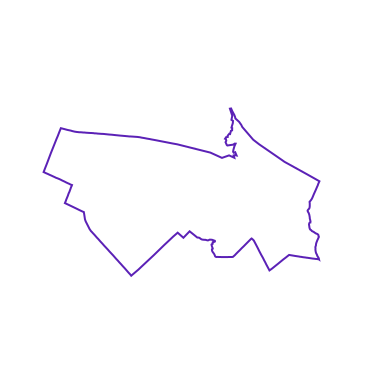 the district of Beuca, Teleorman, Romania, rotated 229°
{"feature_id": "2599482B48947816929504", "entity_name": "Beuca", "entity_type": "district", "adm_level": 2, "iso_a3": "ROU", "parent_name": "Romania", "parent_adm1": "Teleorman", "projection": "robinson", "projection_center": [24.967, 44.261], "detail": "fine", "context": "isolated", "style": "outline", "palette": "violet", "viewbox_px": 384, "rotation_deg": 229, "n_neighbors": 0, "source": "geoboundaries", "source_scale": "gbopen_adm2", "svg_char_len": 5889}
<svg xmlns="http://www.w3.org/2000/svg" viewBox="0 0 384 384"><g transform="rotate(229 192 192)"><path d="M116.5,295.2L123.3,292.8L130.0,290.4L154.1,281.6L157.4,280.8L165.2,278.8L183.8,274.0L191.3,272.5L208.1,272.6L210.7,273.3L211.4,273.3L214.0,273.6L219.0,273.0L220.3,273.7L222.5,274.5L226.5,275.4L229.4,276.3L230.0,275.3L223.1,272.4L220.6,269.1L218.8,269.6L217.2,268.0L214.7,264.0L213.9,264.3L212.2,262.7L212.6,261.5L210.8,258.8L211.5,258.4L211.1,255.9L210.1,255.1L211.0,253.7L210.5,251.9L209.7,252.3L208.2,251.5L207.6,250.0L204.7,249.1L203.9,249.2L200.7,254.2L200.5,256.0L199.9,256.6L198.8,254.2L196.8,251.1L195.4,249.4L194.2,249.3L193.7,250.7L190.3,249.6L191.8,248.4L192.3,247.4L190.1,246.4L195.3,244.0L198.1,237.0L209.7,231.7L219.7,224.7L237.6,212.2L241.2,209.3L255.4,198.2L258.4,195.8L259.6,194.9L261.9,193.0L263.2,192.0L264.7,190.8L266.0,189.7L267.5,188.6L268.6,187.6L269.2,187.1L270.9,185.4L272.5,183.8L273.6,182.7L275.1,181.1L276.7,179.6L278.7,177.7L281.9,174.6L283.5,173.1L285.3,171.4L286.6,170.2L287.8,169.1L289.8,167.1L292.8,164.3L293.9,163.3L295.2,161.9L298.0,159.1L298.2,158.9L298.5,158.7L299.6,157.6L300.2,156.9L301.0,156.3L301.9,155.4L302.8,154.5L303.7,153.5L304.2,153.0L305.2,152.0L305.7,151.5L306.5,150.7L307.7,149.6L308.2,149.0L308.5,148.7L309.3,148.0L309.6,147.7L310.8,146.4L311.4,145.8L312.2,145.1L312.8,144.5L313.3,144.1L314.1,143.4L314.6,143.0L315.3,142.5L316.7,141.5L317.7,140.9L318.5,140.3L319.3,139.7L319.8,139.3L320.9,138.5L321.8,137.9L323.3,136.9L324.3,136.2L325.5,135.4L326.2,134.9L324.1,130.8L322.3,127.4L321.0,124.7L319.5,121.8L318.1,119.1L316.2,115.4L314.0,111.1L310.0,103.7L308.6,101.1L306.1,96.3L304.4,93.1L302.6,93.9L301.6,94.3L300.9,94.7L299.8,95.2L299.1,95.5L298.0,96.0L296.3,96.8L294.9,97.4L293.4,98.1L291.9,98.7L290.7,99.4L289.3,100.1L288.7,100.4L287.1,101.1L286.0,101.5L284.9,102.0L283.8,102.5L282.6,103.0L282.0,103.2L280.0,104.1L279.5,104.3L279.0,104.6L277.9,105.0L277.0,105.4L276.0,106.0L275.5,105.1L275.1,104.2L274.6,103.2L274.1,102.4L273.3,100.9L272.6,99.7L272.1,98.5L271.6,97.5L270.6,95.8L270.2,95.0L269.5,93.6L268.6,91.8L268.3,91.4L267.0,88.8L262.7,90.7L258.3,92.6L254.1,94.4L252.4,95.1L249.2,96.5L248.6,96.8L248.2,97.0L247.9,97.2L246.5,96.4L241.6,93.3L239.6,92.5L232.8,90.8L231.3,90.4L228.6,90.1L227.7,90.2L226.4,90.2L223.6,90.3L223.0,90.3L222.4,90.3L221.6,90.3L219.8,90.3L218.3,90.4L216.3,90.4L214.5,90.4L211.8,90.5L209.1,90.5L206.7,90.6L203.8,90.7L201.3,90.7L198.4,90.8L195.9,90.9L194.1,90.9L191.3,90.9L188.9,91.0L186.6,91.0L183.8,91.1L181.8,91.1L178.8,91.2L176.2,91.2L174.6,91.2L172.6,91.2L170.5,91.3L168.7,91.2L168.6,100.7L168.8,105.2L169.4,121.8L170.2,136.1L170.5,144.0L170.7,148.5L170.7,154.5L163.1,155.5L163.5,159.9L163.7,162.2L163.9,164.4L157.8,165.5L154.2,166.1L153.5,166.8L153.1,167.2L152.9,167.3L152.3,167.6L151.6,167.7L150.7,167.9L149.9,168.2L149.4,168.5L148.7,169.1L147.7,170.1L147.2,170.7L146.6,171.1L146.0,171.5L145.3,172.0L145.0,172.3L144.8,172.8L144.7,173.1L144.6,173.7L144.5,174.0L144.1,174.4L143.6,175.0L143.1,175.5L142.6,175.9L141.9,176.3L141.1,176.7L140.3,177.2L140.0,177.2L139.8,177.1L139.7,176.9L139.6,176.7L139.7,176.4L139.8,176.1L140.0,175.8L140.0,175.4L140.0,175.2L140.5,174.8L140.5,174.6L139.9,174.0L139.3,173.4L139.5,173.0L139.6,172.7L139.6,172.4L139.5,172.2L139.4,172.1L138.9,171.9L137.7,171.3L136.3,170.8L135.7,170.5L135.8,170.3L135.8,169.9L135.7,169.6L135.6,169.4L135.3,169.1L134.8,168.8L134.4,168.6L133.9,168.4L133.2,168.3L132.7,168.2L132.0,168.2L131.0,168.1L130.4,168.0L129.7,167.8L128.7,167.4L128.2,167.3L127.8,167.3L127.6,167.4L127.2,167.6L126.8,167.9L126.7,168.1L126.4,168.5L124.9,170.1L122.2,173.1L121.2,174.3L119.3,176.5L117.9,178.2L116.8,179.4L116.6,179.7L116.2,180.3L116.2,181.6L116.2,182.9L116.4,184.7L116.6,187.3L116.7,189.4L117.0,192.9L117.1,195.2L117.5,200.4L117.9,205.9L117.8,206.5L116.5,206.7L115.4,206.8L114.8,206.8L112.6,206.3L110.9,205.9L106.3,204.8L103.7,204.1L99.1,203.0L97.1,202.6L95.2,202.2L93.4,201.7L90.7,201.1L88.9,200.6L85.4,199.8L83.6,199.4L82.0,199.0L81.9,199.9L81.7,202.0L81.5,207.4L81.4,209.5L81.3,213.5L81.2,216.8L81.0,219.7L80.9,222.3L80.8,224.0L79.2,225.3L78.0,226.3L75.8,228.1L73.0,230.5L72.3,231.0L71.5,231.8L70.7,232.4L69.3,233.6L68.1,234.7L67.6,235.1L67.1,235.5L66.6,236.0L66.0,236.5L64.5,237.8L64.0,238.2L63.2,238.9L62.7,239.3L62.3,239.7L61.3,240.6L61.1,240.8L60.5,241.3L59.8,242.0L59.4,242.4L58.9,242.8L58.3,243.3L58.2,243.5L57.8,243.6L58.0,243.7L58.3,243.9L58.6,244.1L58.9,244.2L59.3,244.3L59.7,244.4L60.0,244.4L60.5,244.5L61.2,244.6L61.6,244.7L61.8,244.7L62.0,244.9L62.2,245.0L62.6,245.1L63.4,245.3L64.1,245.5L64.6,245.6L65.2,245.9L65.8,246.2L66.4,246.6L66.9,246.9L67.5,247.3L68.0,247.8L68.8,248.5L69.0,248.6L69.3,248.8L69.5,249.0L69.7,249.3L70.1,250.0L70.4,250.5L70.8,250.9L71.1,251.2L71.4,251.5L71.7,252.0L72.2,252.7L72.8,253.9L73.4,255.0L73.7,255.8L74.2,256.8L74.6,257.7L74.7,258.0L74.9,258.2L75.1,258.4L75.2,258.5L75.6,258.6L75.9,258.6L76.0,258.7L76.5,259.1L77.0,259.2L77.4,259.2L78.1,259.0L78.4,258.9L78.9,258.6L79.2,258.4L79.7,258.3L80.5,258.0L81.7,257.7L82.0,257.7L82.6,257.4L82.9,257.3L83.8,256.9L84.1,256.9L84.5,256.9L85.0,256.9L85.7,256.7L86.1,256.6L86.4,256.7L86.8,256.7L87.4,257.0L88.0,257.2L88.5,257.6L89.0,257.9L89.6,258.3L90.1,258.6L90.6,258.9L91.0,259.3L91.2,259.6L91.5,260.1L91.7,260.6L91.7,260.9L91.7,261.1L91.4,261.4L91.7,261.7L92.0,262.1L92.5,262.4L93.0,262.6L93.6,263.0L94.1,263.2L95.0,263.7L95.7,264.3L96.2,264.6L96.9,265.0L97.7,265.5L98.4,265.8L99.4,266.2L100.0,266.4L100.9,266.5L101.4,266.7L101.8,266.8L102.0,266.9L102.2,267.2L102.4,267.8L102.5,268.5L102.6,269.2L102.6,269.5L102.7,269.8L103.1,270.5L103.4,270.8L104.1,271.6L104.8,272.2L105.6,272.9L106.3,273.5L107.2,274.1L107.4,274.2L107.5,274.5L107.6,275.3L107.8,276.4L108.0,277.1L108.1,277.6L108.4,278.3L108.7,279.1L109.3,280.3L110.5,282.7L111.6,285.1L112.2,286.4L113.4,288.9L113.9,289.9L114.4,291.1L114.9,291.9L115.3,292.6L116.5,295.2Z" fill="none" stroke="#5b21b6" stroke-width="2"/></g></svg>